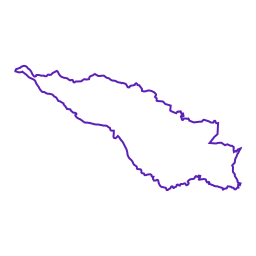 the district of San Jose, San José, Costa Rica
{"feature_id": "36466004B17043328523941", "entity_name": "San Jose", "entity_type": "district", "adm_level": 2, "iso_a3": "CRI", "parent_name": "Costa Rica", "parent_adm1": "San José", "projection": "albers", "projection_center": [-84.106, 9.936], "detail": "fine", "context": "isolated", "style": "outline", "palette": "violet", "viewbox_px": 256, "rotation_deg": 0, "n_neighbors": 0, "source": "geoboundaries", "source_scale": "gbopen_adm2", "svg_char_len": 5785}
<svg xmlns="http://www.w3.org/2000/svg" viewBox="0 0 256 256"><path d="M188.0,118.6L187.1,118.8L185.3,118.5L184.3,118.5L183.6,119.0L183.0,119.8L182.7,120.0L182.4,120.0L182.1,119.7L181.7,119.0L181.5,117.3L181.0,117.0L180.9,116.7L181.0,116.3L181.2,116.1L182.2,116.5L183.3,116.3L183.5,116.1L183.5,115.5L183.1,114.3L183.1,113.6L183.0,113.4L182.8,113.4L182.6,113.5L182.4,114.3L182.0,114.3L181.8,114.2L181.2,113.2L180.9,111.8L180.6,111.3L179.8,111.4L178.9,111.9L178.6,111.9L178.2,111.5L177.7,111.6L177.2,111.9L176.2,113.2L175.8,113.0L174.1,112.5L173.0,111.9L171.6,111.4L170.2,110.5L170.7,105.6L165.3,104.0L163.3,101.8L162.4,101.4L157.2,101.0L156.9,100.9L156.6,100.6L156.7,98.7L156.6,98.3L155.0,96.9L156.0,95.2L156.0,94.3L154.1,92.2L151.7,91.1L150.4,90.7L149.4,90.5L148.0,90.5L145.3,91.4L143.2,91.3L142.1,91.0L141.9,90.8L142.0,89.1L141.0,87.6L140.7,87.4L140.7,87.2L139.6,85.9L139.3,85.3L137.6,85.1L137.6,84.7L137.2,84.1L136.9,83.7L136.3,83.3L135.8,83.4L135.2,83.9L134.8,84.9L133.0,85.4L131.3,85.6L130.5,85.9L130.0,86.2L129.4,86.8L129.4,87.3L128.2,87.4L127.7,87.2L126.7,85.2L126.2,84.7L126.0,84.2L125.7,83.9L122.8,82.9L121.5,83.2L120.8,82.7L118.7,82.4L117.4,82.1L115.9,81.1L115.1,80.8L112.3,80.5L110.7,79.8L109.6,78.8L108.8,78.3L106.7,77.8L103.9,75.7L101.6,75.7L100.4,76.0L98.1,75.9L97.7,75.8L96.9,75.1L95.9,74.7L95.2,74.1L94.6,74.2L94.2,74.3L92.9,75.3L90.4,76.2L90.1,76.5L89.4,77.3L89.0,79.2L87.7,79.3L86.9,79.5L85.8,79.5L85.2,79.3L85.0,79.2L84.2,79.2L82.4,80.3L81.8,81.0L81.3,81.2L80.2,81.4L75.9,81.5L75.3,81.8L74.8,82.3L74.1,82.4L73.7,82.3L73.5,82.1L73.3,81.8L73.0,80.5L72.3,79.9L71.0,80.0L70.6,80.4L70.3,80.4L68.9,79.7L67.1,78.3L63.7,77.7L62.9,77.4L60.9,76.5L60.4,76.0L60.4,75.8L59.5,74.9L58.9,74.1L57.8,71.7L57.5,71.6L56.8,70.9L52.6,73.1L52.2,73.6L51.8,73.8L51.4,74.5L50.8,74.8L49.2,74.9L48.6,74.6L47.8,74.7L46.5,76.2L44.9,76.2L43.8,75.7L43.4,75.6L41.4,75.7L38.7,75.0L36.7,75.0L36.3,75.1L36.1,76.0L34.9,76.6L34.6,76.6L33.8,76.1L32.5,74.4L31.2,71.6L29.7,69.6L28.0,68.5L27.0,67.1L26.6,66.7L25.8,66.3L24.6,65.9L23.1,66.0L20.9,67.0L20.4,67.7L19.0,68.1L17.5,68.8L16.3,69.0L15.5,70.2L15.4,71.3L18.9,72.4L22.4,72.0L22.5,71.8L26.7,75.0L28.3,76.7L29.3,77.5L33.6,79.5L34.6,80.2L35.3,81.0L35.5,81.8L36.3,83.5L37.6,85.5L38.5,86.7L40.1,89.6L41.8,91.5L42.6,92.0L44.5,92.1L46.1,93.2L47.6,93.7L50.2,93.9L51.3,94.2L52.8,94.8L54.1,96.4L56.2,97.5L58.4,101.0L59.9,101.3L63.5,103.4L63.5,103.9L64.1,105.1L65.3,106.3L66.1,107.4L66.1,107.6L66.5,108.0L67.1,109.0L68.5,109.1L70.4,109.4L70.7,110.4L71.1,110.9L71.4,111.0L72.8,112.4L73.2,112.6L73.9,112.6L74.2,112.8L74.9,112.8L75.8,113.1L76.4,113.7L76.4,114.2L75.4,114.9L75.3,115.4L75.6,116.0L76.0,116.6L76.9,117.5L78.0,118.3L80.6,119.5L83.9,122.0L85.1,122.6L87.3,122.6L88.6,122.9L89.8,122.9L91.1,123.4L91.8,123.5L95.0,124.4L99.1,124.6L100.2,125.0L101.6,125.1L103.4,125.6L105.3,125.6L106.0,125.7L107.3,126.2L108.6,127.3L109.7,127.7L110.0,128.2L110.2,129.2L110.4,129.9L111.0,130.5L111.5,130.6L113.8,130.7L113.8,133.6L113.7,133.8L113.7,134.8L113.5,135.7L113.5,136.6L113.7,137.5L114.0,137.9L114.5,138.0L115.6,138.2L116.1,137.8L117.9,136.0L118.2,136.4L119.4,137.5L120.1,138.9L120.7,139.5L120.9,140.0L121.4,140.4L122.9,142.3L126.5,149.4L127.3,152.3L127.5,154.6L128.4,156.8L129.5,158.5L131.0,159.7L132.3,161.3L133.8,164.5L136.1,166.1L136.6,166.6L136.9,167.2L136.9,168.5L137.4,169.1L139.6,169.2L140.7,169.4L141.1,170.0L141.4,170.7L141.4,172.4L141.6,172.9L142.2,173.2L143.9,173.5L144.1,173.9L144.4,174.8L144.6,175.1L146.0,175.1L147.4,174.6L149.3,174.3L150.3,174.3L151.0,174.6L151.5,175.1L151.7,176.2L152.1,176.7L153.4,176.8L153.0,177.8L153.1,179.1L153.9,180.5L155.8,180.5L156.8,179.9L157.1,179.9L157.5,179.9L157.9,180.1L158.3,180.7L158.5,182.4L159.2,184.1L159.9,185.4L160.7,186.4L161.8,187.0L163.7,187.3L165.6,187.8L166.1,188.3L166.5,189.7L166.9,190.1L167.7,190.0L169.1,189.0L170.3,188.4L171.0,186.9L171.5,186.4L172.5,186.4L172.8,186.7L172.9,187.4L173.4,187.9L173.5,188.0L174.0,187.9L174.8,187.2L176.2,186.6L176.6,185.7L176.7,184.9L177.4,184.6L177.9,184.6L178.4,185.1L179.9,185.6L180.0,185.5L180.0,185.0L180.6,184.1L182.7,184.0L184.5,183.4L185.0,183.4L185.2,183.5L186.4,185.2L187.6,184.8L188.4,184.0L188.6,183.6L188.5,182.5L187.8,181.7L188.5,180.5L190.3,179.3L191.3,179.1L193.1,179.0L193.9,178.7L194.6,178.0L195.0,177.1L195.7,176.2L196.4,176.2L197.1,176.9L197.6,176.9L197.9,176.8L198.7,175.6L200.2,175.9L200.0,177.0L199.6,178.0L199.2,178.4L198.8,179.4L199.0,179.7L199.9,179.7L200.6,179.3L202.1,179.3L203.5,179.0L204.5,179.1L205.7,179.5L205.9,179.6L206.3,181.2L207.1,182.4L208.3,181.9L208.9,182.0L209.2,182.3L209.4,182.6L209.3,183.0L208.9,183.6L208.9,183.9L210.9,184.4L211.8,184.9L213.1,185.2L214.1,185.9L215.9,186.3L217.5,186.3L218.9,187.0L221.8,187.7L222.8,188.3L222.7,189.2L222.9,189.6L223.3,189.5L224.3,188.8L225.4,188.5L226.3,188.5L226.7,188.3L227.6,186.4L229.1,186.5L231.0,186.8L231.9,187.6L232.6,187.6L233.5,187.9L233.8,188.2L234.3,189.0L235.2,189.4L235.8,189.2L236.3,188.8L236.6,188.2L237.3,187.7L238.5,187.6L238.5,187.3L238.1,186.7L238.0,186.3L238.2,184.7L239.9,185.2L240.5,183.4L238.9,183.0L237.8,182.3L237.6,182.0L237.5,180.6L236.9,179.3L235.0,176.3L234.8,175.6L234.8,174.2L233.4,172.5L233.0,171.9L232.9,170.3L233.0,167.1L232.2,165.4L233.1,164.4L233.5,164.2L233.7,163.7L234.7,162.7L235.1,159.8L235.4,158.5L236.4,156.8L237.3,154.3L238.2,153.1L239.6,150.1L240.4,149.0L240.6,148.4L237.7,149.6L237.0,150.7L236.2,151.5L235.6,151.0L233.9,152.0L233.6,150.1L233.7,147.1L232.0,145.8L230.7,145.8L227.3,144.3L225.0,145.2L221.3,142.7L217.5,143.0L216.2,143.5L209.6,143.0L214.4,136.9L217.5,134.2L218.1,123.1L217.1,123.3L216.2,123.1L216.0,122.9L215.8,122.2L215.1,120.9L214.2,120.9L213.3,122.6L210.9,122.5L208.8,121.3L204.4,119.9L203.4,119.9L201.7,121.7L199.7,121.7L193.8,122.4L189.3,120.6L188.9,119.2L188.0,118.9L188.0,118.6Z" fill="none" stroke="#5b21b6" stroke-width="2"/></svg>